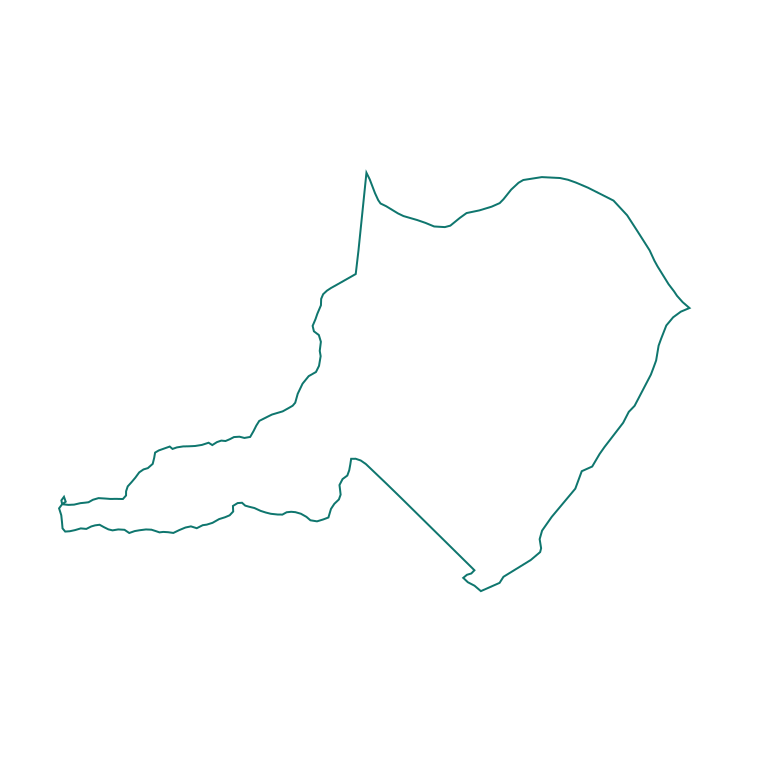 Salitre, Ceará, Brazil (Robinson projection), rotated 203°
{"feature_id": "56859067B98262319146081", "entity_name": "Salitre", "entity_type": "district", "adm_level": 2, "iso_a3": "BRA", "parent_name": "Brazil", "parent_adm1": "Ceará", "projection": "robinson", "projection_center": [-40.29, -7.185], "detail": "fine", "context": "isolated", "style": "outline", "palette": "teal", "viewbox_px": 768, "rotation_deg": 203, "n_neighbors": 0, "source": "geoboundaries", "source_scale": "gbopen_adm2", "svg_char_len": 2831}
<svg xmlns="http://www.w3.org/2000/svg" viewBox="0 0 768 768"><g transform="rotate(203 384 384)"><path d="M132.5,573.3L141.0,576.0L148.8,579.7L153.2,582.6L161.1,587.1L178.1,599.1L183.2,603.1L191.7,610.8L203.3,618.8L212.8,625.3L226.1,634.3L244.4,642.5L272.9,644.4L286.2,644.4L294.4,643.9L302.4,642.4L319.6,636.1L335.5,626.2L338.8,621.8L342.9,612.6L346.2,600.8L348.2,595.7L354.2,589.3L364.0,581.1L374.8,573.6L379.1,566.5L384.8,555.7L389.3,552.2L399.4,548.6L408.9,548.5L417.5,547.9L431.7,546.2L437.8,546.5L451.5,548.5L457.7,548.8L461.2,551.0L466.9,556.2L477.1,566.8L482.7,571.6L459.6,496.7L453.0,474.2L466.6,456.4L470.2,451.8L473.0,447.6L475.1,442.9L475.1,437.8L472.8,431.8L472.8,422.7L472.4,416.9L472.4,409.6L469.1,405.1L463.1,403.6L458.6,398.2L456.1,389.4L453.2,384.9L450.9,375.3L451.3,368.5L456.4,361.8L459.1,352.5L459.6,341.3L458.4,332.1L459.6,328.3L462.0,325.1L466.6,319.2L475.2,312.1L478.3,308.5L484.4,301.3L485.3,295.8L485.7,289.6L486.5,283.0L491.4,279.8L496.5,279.0L501.4,276.5L504.3,273.0L507.6,269.6L511.7,268.3L515.1,265.2L518.2,260.7L522.5,261.4L527.8,256.8L533.7,253.1L539.1,250.5L544.6,248.0L549.9,244.7L553.3,241.6L556.8,242.7L565.4,234.8L567.9,231.4L566.7,226.3L565.7,220.1L568.5,214.3L572.0,211.4L574.8,207.0L576.3,200.6L578.1,194.8L579.9,189.6L579.5,184.5L577.9,180.6L579.4,176.1L585.2,173.8L591.2,171.2L595.7,169.7L602.2,167.4L606.7,163.7L609.8,159.7L613.1,157.8L616.9,155.7L622.1,151.9L627.3,149.4L633.3,147.6L634.5,142.6L629.8,137.1L626.3,130.8L623.5,125.5L619.8,123.6L615.7,125.7L611.3,128.8L606.7,132.6L601.4,134.3L597.8,138.5L594.7,141.0L590.8,143.3L585.9,142.8L580.9,142.5L576.7,143.2L571.8,146.3L565.9,148.4L560.3,147.3L556.0,151.2L551.8,153.9L546.3,157.1L541.2,159.0L537.0,159.4L532.7,159.7L529.4,161.6L524.9,163.2L519.7,164.6L515.5,169.4L510.7,174.3L506.1,177.5L500.0,178.1L495.7,183.2L492.2,185.3L487.6,189.2L483.0,195.2L478.3,199.2L474.8,202.8L473.0,207.7L475.4,212.7L472.2,217.2L468.3,219.2L464.2,217.8L460.3,218.3L454.8,219.2L448.0,219.0L442.6,219.5L437.5,220.3L430.9,222.3L426.5,224.1L423.5,227.9L419.5,230.1L415.5,231.4L409.8,232.1L403.5,231.4L398.5,229.8L392.0,231.4L387.1,235.5L383.0,239.4L384.0,248.3L382.9,254.3L380.4,260.1L380.7,265.2L382.9,269.1L385.5,273.6L385.0,280.3L382.0,285.4L382.3,291.0L383.6,296.8L385.0,302.3L380.9,304.1L375.5,304.5L369.3,303.2L342.8,293.2L323.5,285.7L228.0,247.9L229.6,243.7L233.1,240.8L235.3,236.5L229.4,234.3L221.9,233.7L213.9,231.2L199.9,246.1L198.7,253.2L180.1,279.4L174.6,290.3L175.2,294.2L180.1,302.0L181.2,310.8L177.7,327.2L167.0,362.4L167.9,381.0L160.1,389.4L158.2,403.8L156.4,412.2L154.1,421.0L148.7,441.8L147.8,454.0L144.8,461.8L142.0,496.9L142.3,504.5L142.7,512.0L146.2,526.6L146.6,534.0L147.0,548.2L143.9,558.4L139.0,566.6L132.5,573.3ZM633.3,147.6L631.0,151.3L634.5,155.1L635.5,150.8L633.3,147.6Z" fill="none" stroke="#0f766e" stroke-width="2"/></g></svg>